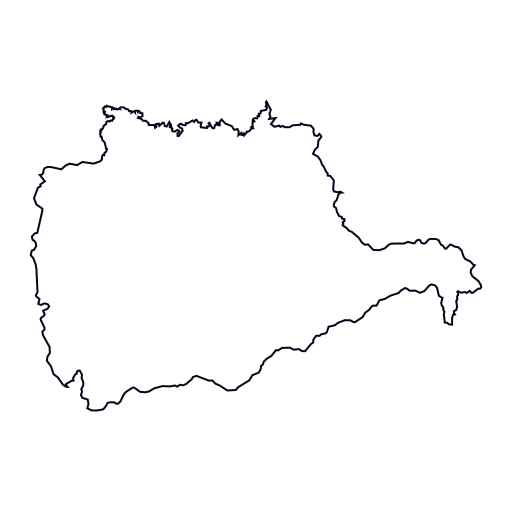 Magüí (Payán), Nariño, Colombia (Mercator projection)
{"feature_id": "7082276B14140540221362", "entity_name": "Magüí (Payán)", "entity_type": "district", "adm_level": 2, "iso_a3": "COL", "parent_name": "Colombia", "parent_adm1": "Nariño", "projection": "mercator", "projection_center": [-78.054, 1.908], "detail": "fine", "context": "isolated", "style": "outline", "palette": "ink", "viewbox_px": 512, "rotation_deg": 0, "n_neighbors": 0, "source": "geoboundaries", "source_scale": "gbopen_adm2", "svg_char_len": 6040}
<svg xmlns="http://www.w3.org/2000/svg" viewBox="0 0 512 512"><path d="M474.8,265.2L473.1,264.5L470.5,261.6L465.3,259.0L463.7,256.8L461.5,250.4L458.4,247.3L454.8,246.6L450.4,244.4L446.1,248.7L445.1,248.7L442.7,245.5L440.9,244.6L438.6,240.2L435.9,239.0L430.0,238.9L427.9,240.2L425.8,243.0L424.0,243.6L421.5,242.9L420.2,240.4L419.0,239.8L416.8,240.4L414.6,243.2L413.4,243.3L407.8,241.9L404.2,243.5L391.5,243.6L388.5,244.9L384.8,248.4L379.2,250.2L373.3,249.9L368.1,244.4L364.7,244.7L362.0,242.6L358.6,237.6L351.7,231.8L348.7,230.6L347.1,228.4L342.6,225.3L343.4,224.0L342.7,222.3L344.5,221.0L344.5,219.1L342.1,218.7L341.9,217.2L339.1,216.0L336.8,211.6L336.2,208.2L333.9,206.4L333.8,204.7L334.7,202.0L336.6,200.2L338.7,194.1L340.2,192.8L341.9,192.6L340.6,191.8L337.4,192.2L334.1,191.5L333.2,189.5L333.8,180.4L330.4,176.0L327.7,175.6L327.6,173.2L326.1,171.7L323.7,166.5L322.0,164.5L320.6,160.5L318.0,156.7L313.0,153.9L314.9,149.7L317.8,146.9L318.4,140.7L321.3,136.9L321.1,135.9L319.4,133.9L317.7,135.9L314.5,135.4L313.5,132.5L313.6,128.9L311.0,125.7L304.2,124.8L300.8,123.5L300.2,124.8L292.8,125.3L289.5,127.2L284.8,127.2L282.8,125.9L280.4,126.9L279.1,125.6L274.6,126.8L270.9,124.0L275.5,118.1L269.2,118.9L270.5,116.6L269.4,114.0L270.8,109.8L266.5,101.5L265.9,102.2L266.5,105.6L265.7,106.4L267.0,107.6L266.2,109.8L260.8,111.0L260.6,113.4L258.8,113.7L259.2,116.1L257.6,116.0L257.2,118.4L254.7,118.1L253.1,119.0L252.9,119.8L254.4,121.3L253.8,121.8L252.7,121.4L252.4,125.5L252.9,126.7L251.4,127.2L252.8,128.4L251.1,128.7L249.8,130.7L248.0,131.7L246.7,131.6L246.4,132.9L244.1,135.4L243.7,133.6L242.4,135.0L241.5,134.9L241.4,132.9L238.3,135.3L238.7,131.4L237.5,129.1L234.1,129.8L231.8,126.1L225.6,123.7L221.5,119.5L219.8,121.8L219.6,125.4L217.5,124.9L219.1,123.0L216.6,122.7L216.7,124.2L214.9,125.2L214.3,128.0L213.5,128.4L212.1,127.8L209.4,122.8L208.6,123.4L210.1,125.3L208.7,126.5L207.1,126.3L206.9,128.0L201.0,127.3L200.6,126.3L201.4,122.5L198.4,122.6L196.5,119.8L195.3,120.2L194.2,121.9L192.6,120.5L188.2,123.1L185.9,123.0L186.2,124.5L185.2,125.3L182.2,124.7L181.1,123.7L180.0,124.0L178.1,125.6L180.4,127.9L182.0,128.4L182.7,130.8L181.5,131.6L181.6,132.5L180.1,133.8L179.3,135.7L177.6,136.0L177.4,133.4L179.1,131.7L178.8,130.5L177.2,130.0L175.0,131.5L172.5,131.3L172.0,130.4L172.4,128.4L169.7,126.9L169.9,125.7L171.1,125.8L171.2,125.2L169.3,122.0L166.7,126.5L164.7,126.0L164.0,123.0L162.8,122.6L159.4,125.8L158.8,123.6L156.2,124.0L156.5,126.7L155.0,127.8L154.4,125.0L148.8,125.0L148.8,123.5L145.9,120.8L143.1,120.8L141.3,118.9L137.9,117.9L138.3,116.8L140.1,117.4L142.5,116.1L142.4,113.3L140.1,112.9L140.2,112.2L138.8,110.9L137.9,111.9L137.6,110.9L136.2,110.6L134.9,111.2L135.0,112.2L134.2,111.1L131.6,112.6L131.9,111.6L130.8,111.0L129.3,111.3L128.0,109.4L125.5,108.8L124.3,107.5L120.8,107.3L119.3,108.5L119.6,109.0L118.6,108.7L117.2,109.5L116.3,108.7L115.0,109.2L114.2,108.3L113.5,109.0L112.6,107.7L112.1,108.4L112.1,107.4L107.8,106.1L107.2,106.3L107.6,107.0L106.6,105.9L106.0,107.0L104.9,106.4L103.0,108.5L103.6,108.9L103.6,111.4L105.0,111.8L104.7,113.2L103.9,113.0L104.4,114.4L106.8,115.0L106.7,116.2L107.2,115.6L107.5,116.2L108.2,116.0L108.1,116.9L112.1,115.6L114.2,117.3L113.8,118.5L113.1,118.1L112.2,120.8L110.7,120.5L109.8,121.4L108.6,121.0L106.6,121.7L106.0,124.2L103.8,125.6L103.1,128.2L100.9,129.5L101.6,130.1L100.1,131.4L100.8,132.8L100.1,133.8L100.6,136.8L101.6,136.7L102.4,140.1L104.7,142.5L106.1,148.6L107.0,149.0L106.3,151.5L104.4,153.1L104.2,155.3L102.8,155.0L102.2,155.9L101.8,159.7L100.0,161.4L93.7,163.6L82.4,162.0L77.1,165.1L69.8,163.7L65.8,165.4L61.3,169.3L51.8,167.2L48.1,166.9L45.1,167.8L43.8,169.4L43.1,173.2L41.5,174.8L39.8,175.0L44.9,181.3L40.3,184.5L40.6,186.3L37.9,187.7L34.0,198.2L36.4,204.5L42.3,208.6L42.4,210.5L37.3,232.8L34.6,233.5L31.9,236.5L32.6,239.8L34.4,240.9L35.8,243.0L36.2,246.1L33.9,249.9L31.8,250.6L30.7,255.1L33.3,258.2L35.6,264.2L36.4,268.5L37.5,292.2L35.9,295.2L36.4,296.5L39.5,299.2L38.3,303.9L41.0,305.0L43.8,303.6L45.8,303.6L48.0,304.5L49.1,306.3L47.7,308.7L43.1,310.8L44.7,314.4L43.6,316.1L40.9,318.0L40.6,319.5L44.6,328.0L44.3,329.8L42.4,331.5L42.9,335.0L49.6,347.0L49.9,353.0L47.5,356.6L46.9,360.7L51.1,366.5L53.5,374.1L57.8,377.4L62.9,384.6L65.7,386.6L67.5,386.8L65.7,384.8L66.0,384.1L71.9,380.6L73.5,380.7L73.1,378.0L75.3,374.4L76.9,373.5L76.6,372.2L78.0,370.6L79.8,370.7L82.0,374.7L81.6,378.0L83.3,382.2L83.2,385.4L81.3,389.2L82.1,391.6L80.9,395.0L82.4,397.9L87.7,399.5L88.5,404.0L87.3,408.3L91.6,410.4L97.2,410.5L103.3,409.3L106.5,405.3L107.4,403.0L109.3,402.4L114.1,402.3L116.9,403.9L118.1,403.6L120.3,401.6L124.0,394.0L126.4,391.6L132.8,387.6L134.2,387.6L140.0,391.8L145.1,392.3L148.9,391.5L154.1,388.4L162.3,386.1L170.2,386.4L174.9,385.5L177.0,386.6L180.0,384.8L183.3,385.3L186.3,383.9L191.8,379.1L193.0,377.0L196.5,375.9L208.6,380.5L212.5,380.6L215.3,383.6L220.1,385.7L227.3,390.5L235.7,390.0L238.3,387.1L249.2,380.4L252.4,375.2L258.8,372.6L260.7,368.9L261.1,365.9L262.9,364.4L263.7,361.7L266.7,358.8L271.6,355.7L276.0,350.1L278.1,350.4L282.0,347.9L289.8,347.7L293.9,349.7L298.9,349.1L301.8,351.1L305.1,351.2L311.0,344.0L313.2,342.5L313.3,339.7L316.1,335.8L319.6,335.8L321.3,334.3L325.9,333.2L326.8,332.2L328.6,326.7L334.5,325.4L338.1,322.8L344.7,320.2L350.4,320.3L353.5,322.1L354.9,322.2L362.7,317.1L365.1,312.8L369.2,309.8L371.5,306.6L373.2,305.7L376.5,305.6L379.5,300.2L384.5,299.1L390.4,295.7L398.4,293.1L401.0,290.5L405.1,288.0L407.4,288.9L409.5,290.7L415.5,290.7L420.1,292.8L424.3,291.1L429.3,285.5L431.4,284.5L434.8,285.2L437.0,287.7L438.9,295.8L442.5,298.0L441.2,303.0L441.8,305.4L443.3,307.4L443.3,309.8L444.4,311.8L443.8,314.0L444.8,322.6L446.7,322.6L449.2,324.4L452.1,324.6L452.1,317.7L453.1,314.8L454.9,314.4L453.9,313.0L453.9,311.2L456.0,310.2L457.1,307.1L456.2,301.0L457.3,299.6L457.1,296.3L458.0,295.2L458.1,292.8L457.3,291.8L458.1,291.2L460.9,292.7L465.2,292.0L466.6,293.0L469.7,290.9L471.4,292.8L472.8,292.8L478.2,288.7L480.0,288.7L481.3,287.3L480.8,285.0L478.4,281.0L472.4,276.3L470.7,272.8L470.9,269.8L474.8,265.2Z" fill="none" stroke="#020617" stroke-width="2"/></svg>